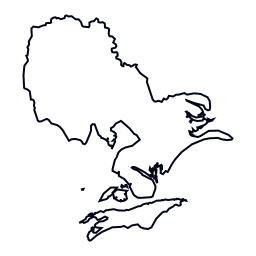 outline of Mong Cai, Vietnam
{"feature_id": "81297802B69562638547328", "entity_name": "Mong Cai", "entity_type": "district", "adm_level": 2, "iso_a3": "VNM", "parent_name": "Vietnam", "parent_adm1": "", "projection": "natural_earth1", "projection_center": [107.918, 21.499], "detail": "fine", "context": "isolated", "style": "outline", "palette": "ink", "viewbox_px": 256, "rotation_deg": 0, "n_neighbors": 0, "source": "geoboundaries", "source_scale": "gbopen_adm2", "svg_char_len": 5904}
<svg xmlns="http://www.w3.org/2000/svg" viewBox="0 0 256 256"><path d="M69.0,140.8L71.7,139.2L75.5,139.0L80.2,140.1L82.0,141.7L82.9,143.6L84.7,144.2L86.2,142.8L89.9,133.9L91.0,130.6L91.1,125.6L92.5,124.2L94.6,124.3L98.6,134.9L100.9,136.6L101.4,138.0L102.9,138.2L106.5,140.2L108.3,137.7L107.2,141.1L107.9,141.7L108.5,140.9L108.1,142.7L108.7,144.8L110.2,145.9L110.9,145.4L112.3,146.1L111.7,149.1L115.1,141.6L114.8,140.2L113.0,140.6L114.1,139.3L115.1,139.3L116.3,136.6L115.7,135.5L113.5,136.0L115.5,135.0L115.9,133.8L114.5,132.3L111.0,130.5L111.0,128.1L113.5,126.7L115.7,123.6L121.0,120.9L129.7,128.5L134.0,133.8L136.6,135.1L139.8,139.7L132.2,145.8L125.4,147.5L121.4,149.5L118.4,152.5L116.6,157.4L114.9,159.9L112.6,169.0L112.6,170.9L117.6,173.4L118.4,172.8L118.9,171.1L118.9,176.0L124.3,179.0L129.6,185.1L131.2,183.2L129.6,186.5L133.9,195.1L137.6,197.6L140.6,197.9L150.8,197.2L152.6,196.5L155.4,188.7L155.4,185.9L152.5,180.1L142.2,174.8L141.8,173.8L137.4,170.4L132.9,168.7L131.8,167.6L132.6,167.0L134.4,167.0L137.2,168.2L144.6,172.2L150.6,176.6L150.3,175.1L151.3,174.8L153.0,176.9L152.6,173.7L149.5,169.9L150.0,168.0L151.0,170.6L152.7,172.2L153.2,170.1L151.9,167.8L153.9,169.3L154.6,166.1L155.4,165.4L155.6,168.0L157.4,165.2L157.0,163.7L157.5,162.5L157.9,166.7L160.6,165.2L162.0,165.6L162.0,169.1L160.9,170.7L160.6,173.0L162.9,174.2L165.7,171.0L167.7,172.0L171.6,164.7L175.1,159.4L181.6,152.1L192.0,144.3L204.1,139.3L209.7,138.3L217.9,137.9L222.1,139.4L227.5,140.1L231.8,139.5L232.5,138.3L228.5,134.9L218.4,130.6L208.7,130.9L200.3,136.1L197.9,137.0L191.9,135.8L191.4,135.4L192.5,135.0L190.1,134.2L189.3,131.1L189.8,131.1L190.3,132.4L192.0,132.5L191.7,131.9L193.9,131.2L193.9,130.4L193.0,129.7L192.9,129.1L194.8,131.1L195.7,131.2L198.0,129.7L197.4,127.6L200.7,128.2L202.0,127.1L200.3,126.5L204.4,125.0L206.8,123.2L207.0,122.1L212.2,120.5L213.3,119.2L210.7,120.1L208.2,118.9L208.7,120.4L208.0,120.7L204.8,118.8L204.0,119.2L203.7,118.1L202.5,120.6L197.0,121.0L192.2,119.6L190.9,122.4L189.9,122.9L191.0,121.7L191.1,120.7L190.5,120.7L192.0,119.0L188.4,116.2L186.3,117.5L187.3,116.1L189.2,115.8L188.1,114.5L186.6,114.5L188.0,113.8L186.1,111.7L186.8,111.5L188.7,113.3L188.3,112.7L188.7,112.8L192.1,116.0L196.2,117.5L203.1,116.4L204.8,114.8L203.3,113.5L199.7,115.5L197.7,115.4L199.8,114.7L203.0,111.9L201.9,109.5L199.0,106.4L186.7,100.7L186.5,100.2L193.8,102.9L203.6,105.5L205.2,108.8L207.6,110.2L209.0,110.2L209.6,109.9L210.2,107.3L209.7,101.0L207.6,97.3L200.9,94.1L198.6,93.7L193.8,93.4L187.2,94.6L184.3,93.1L178.9,94.6L176.2,94.7L173.1,96.5L168.9,95.8L167.7,98.3L166.6,99.3L165.6,99.5L163.8,98.6L161.7,101.9L158.5,100.8L155.9,101.6L154.4,101.4L152.7,99.5L147.0,82.3L147.3,78.4L140.3,73.2L135.9,67.1L136.8,64.8L135.0,64.4L131.0,66.6L129.4,65.2L127.0,64.9L124.7,63.1L123.7,63.6L123.4,66.2L122.4,66.1L121.1,64.7L121.4,62.3L120.3,60.0L116.3,58.3L116.2,56.9L117.7,55.7L117.4,52.8L116.6,52.1L114.1,52.5L112.3,52.1L111.6,50.1L111.8,48.7L115.5,47.6L116.4,46.0L115.7,44.3L113.2,42.5L114.9,38.9L112.1,36.4L109.8,36.3L109.0,35.4L108.7,33.8L109.1,29.3L108.3,28.3L105.0,27.4L104.8,23.5L102.7,22.2L100.4,22.6L98.4,22.1L98.0,19.3L96.3,18.4L94.0,21.1L91.3,21.6L89.4,22.6L89.5,25.8L88.8,27.2L83.4,26.6L82.2,25.8L81.0,22.1L78.6,19.3L75.7,19.3L71.6,16.2L68.5,16.5L66.5,15.4L65.2,15.9L64.5,18.1L60.8,19.1L58.2,17.9L56.7,18.4L55.6,17.3L53.4,17.7L51.4,19.0L50.9,20.6L51.2,22.1L50.6,22.9L46.7,23.1L46.0,23.4L45.6,25.2L43.6,25.3L38.4,27.3L33.4,26.6L31.4,28.4L31.8,36.3L28.8,41.4L29.1,44.6L27.4,47.2L28.3,49.2L27.5,55.2L26.3,55.7L27.8,59.5L27.9,61.0L24.4,65.7L23.5,75.3L24.1,87.7L24.6,88.4L27.9,89.7L29.8,91.5L30.9,99.5L32.9,99.7L33.7,100.4L34.4,102.7L33.9,105.7L34.8,107.9L34.3,110.0L37.9,120.8L39.1,121.5L41.2,121.4L46.6,118.9L48.6,119.8L51.3,123.4L57.2,125.1L59.9,127.0L62.6,130.0L69.0,140.8ZM177.8,199.2L177.0,198.7L175.9,199.4L174.8,199.2L174.3,199.8L173.5,199.3L168.4,200.0L164.9,199.5L163.3,200.3L162.2,199.9L161.0,200.5L156.5,200.7L151.8,202.9L149.0,202.9L148.1,204.1L147.0,203.4L144.8,203.8L142.2,204.8L140.8,206.1L138.3,206.3L128.4,210.2L126.6,209.8L124.6,210.6L118.3,210.4L113.7,209.2L105.6,210.4L103.7,212.1L100.5,211.1L97.0,212.9L95.2,212.9L94.9,214.1L90.8,216.1L89.2,215.7L86.5,216.9L85.6,219.1L79.2,222.8L83.3,221.8L83.8,222.9L85.0,222.6L87.8,221.2L89.5,218.8L93.4,216.9L95.6,217.4L97.6,220.0L100.6,219.0L104.9,216.6L107.5,217.7L107.3,219.0L103.3,221.2L99.4,221.6L95.7,224.0L94.8,225.4L95.1,226.7L96.5,227.5L101.5,228.0L96.0,232.8L93.6,232.6L93.1,232.0L93.8,228.2L92.8,227.3L91.6,227.9L91.4,230.6L89.2,232.1L87.4,236.4L88.4,238.2L88.5,239.6L89.7,240.6L91.1,240.2L96.4,235.6L102.1,231.9L112.4,227.3L120.7,226.9L124.0,226.0L127.8,228.0L132.1,225.4L137.8,224.4L140.5,227.2L143.7,228.4L148.1,229.0L151.5,227.3L156.3,218.6L162.2,212.6L163.9,211.7L166.8,211.6L169.0,208.7L172.7,206.8L174.9,205.0L176.2,204.6L178.7,205.7L180.1,205.4L180.8,204.7L180.5,202.6L181.0,201.7L184.3,200.1L183.1,199.0L180.9,199.9L178.6,198.9L177.8,199.2ZM113.2,192.8L112.7,192.6L117.0,187.6L111.0,187.5L110.1,188.1L103.6,193.6L99.6,201.0L106.3,199.1L107.7,198.3L108.4,196.5L109.2,196.6L113.2,193.7L114.0,198.1L117.3,197.0L114.7,198.6L118.4,200.8L120.5,201.3L120.8,199.1L120.9,201.0L123.2,201.0L124.6,200.5L124.0,198.4L124.7,199.8L125.7,199.9L127.0,198.6L125.8,194.2L124.0,194.2L126.1,193.5L126.0,191.7L127.0,190.8L117.1,189.5L113.2,192.8ZM156.4,176.0L155.1,175.7L155.2,178.3L157.1,183.1L157.2,181.3L156.2,177.7L156.4,176.9L157.0,177.5L156.4,176.0ZM92.6,214.2L92.6,213.6L91.1,213.4L89.2,214.5L90.7,215.5L92.6,214.2ZM156.1,174.6L156.5,169.6L155.9,169.1L155.4,170.8L156.1,174.6ZM122.1,187.7L123.0,186.8L123.0,185.8L121.7,185.1L121.2,186.5L122.1,187.7ZM127.2,187.0L126.5,184.9L125.4,185.0L125.1,186.4L125.9,186.1L127.2,187.0ZM161.7,166.6L161.3,165.5L160.3,167.0L160.5,168.9L161.7,166.6ZM83.0,189.9L83.5,189.0L81.9,189.3L82.1,189.8L83.0,189.9ZM186.2,200.7L185.9,200.1L185.4,200.1L185.6,200.6L186.2,200.7Z" fill="none" stroke="#020617" stroke-width="2"/></svg>